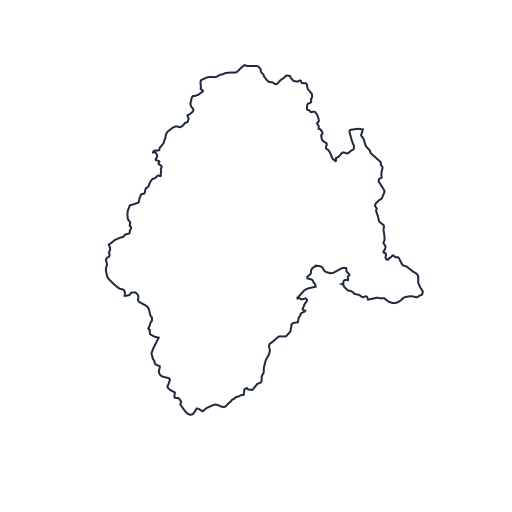 outline of Khanh Vinh, Khánh Hòa, Vietnam, rotated 39°
{"feature_id": "81297802B87924827202169", "entity_name": "Khanh Vinh", "entity_type": "district", "adm_level": 2, "iso_a3": "VNM", "parent_name": "Vietnam", "parent_adm1": "Khánh Hòa", "projection": "albers", "projection_center": [108.858, 12.296], "detail": "fine", "context": "isolated", "style": "outline", "palette": "slate", "viewbox_px": 512, "rotation_deg": 39, "n_neighbors": 0, "source": "geoboundaries", "source_scale": "gbopen_adm2", "svg_char_len": 6138}
<svg xmlns="http://www.w3.org/2000/svg" viewBox="0 0 512 512"><g transform="rotate(39 256 256)"><path d="M195.0,365.1L201.2,363.9L204.2,363.9L206.9,365.2L211.5,368.8L213.9,369.3L215.8,371.7L216.1,374.8L217.1,376.6L217.9,380.1L219.9,380.2L220.4,381.2L223.1,383.4L227.6,382.7L231.8,380.7L234.2,392.2L236.1,397.5L240.6,400.8L243.7,401.8L245.0,403.3L247.2,403.3L250.5,402.2L251.3,403.0L253.2,407.1L255.2,408.4L256.7,408.7L258.1,408.8L259.9,408.3L265.0,405.8L265.7,405.8L267.1,406.5L268.8,411.1L269.1,413.0L270.6,414.0L273.8,414.1L278.9,413.1L280.7,416.1L281.5,417.0L281.9,417.2L283.6,416.6L284.8,415.3L286.4,415.3L289.3,416.3L289.8,416.8L290.4,418.6L290.8,419.1L299.1,421.4L302.4,421.6L304.5,421.0L305.9,419.7L306.4,418.3L306.3,415.0L305.8,412.0L306.1,411.6L307.7,410.9L312.3,410.3L313.3,405.2L316.3,399.3L317.9,396.9L320.0,395.9L324.7,394.6L326.8,392.7L327.1,392.0L327.3,387.8L327.9,384.9L327.9,382.6L329.0,380.5L329.2,378.2L331.1,375.8L331.7,373.9L333.8,371.7L330.8,366.6L332.0,364.4L333.8,364.8L337.5,362.3L337.5,354.6L339.4,351.2L338.6,348.7L336.2,346.1L335.5,342.4L335.0,341.3L332.3,337.7L329.8,332.4L329.0,330.3L328.2,325.1L326.8,321.5L326.2,320.7L322.9,318.0L321.9,315.9L322.8,312.7L324.2,304.8L325.0,303.6L329.5,300.0L330.0,298.8L330.2,292.9L326.6,286.6L326.9,286.4L326.9,285.2L327.2,284.4L330.2,281.3L327.9,276.8L327.9,274.5L327.1,272.7L327.4,271.2L328.7,268.7L328.7,267.6L327.1,268.1L325.7,268.0L325.4,267.7L324.9,265.3L324.1,263.0L323.9,259.4L323.5,258.2L322.6,257.7L321.2,257.8L319.6,260.1L318.5,261.2L316.1,261.4L315.6,261.8L315.1,262.9L314.5,262.5L315.2,252.6L315.5,251.1L317.2,248.0L321.7,242.3L319.3,240.6L317.2,240.3L315.5,239.3L313.7,239.3L310.6,240.9L309.6,240.8L309.0,240.2L309.7,235.9L309.2,234.4L307.8,232.4L307.5,230.4L307.9,227.9L309.0,226.4L308.5,225.9L311.8,223.8L313.4,223.2L314.7,223.2L318.8,224.6L320.9,224.2L325.0,222.4L326.7,220.4L330.6,210.9L333.5,208.7L334.4,209.2L336.0,211.1L340.0,211.5L340.7,212.1L340.4,214.5L342.3,216.1L342.7,217.0L340.9,217.9L339.9,219.3L340.0,220.8L341.1,222.3L340.2,223.9L341.9,223.4L344.3,224.6L349.3,224.9L351.4,223.6L354.7,223.1L356.0,223.7L360.7,221.3L364.4,221.1L365.5,220.2L366.5,218.4L367.5,217.9L368.3,218.0L370.6,219.4L376.3,212.2L379.7,210.4L382.0,208.2L388.3,208.0L392.1,206.4L393.9,204.8L395.5,202.3L396.5,199.0L396.8,196.1L397.8,194.0L400.4,191.0L401.7,189.8L403.7,188.5L406.4,187.3L407.3,186.5L408.0,184.0L409.4,181.4L408.0,178.6L403.0,176.9L398.8,174.6L395.2,170.1L394.5,169.4L392.7,168.8L391.1,168.8L387.6,169.3L379.6,169.4L376.1,170.8L374.1,170.3L368.7,167.8L367.0,167.6L365.5,169.1L362.3,169.2L361.8,169.5L361.7,171.8L360.7,174.6L361.0,175.6L360.3,176.5L358.4,176.2L357.7,175.8L356.3,173.4L355.1,172.4L352.8,173.0L352.5,172.8L351.8,169.2L351.0,167.5L350.4,166.8L347.7,166.1L346.7,165.5L345.8,162.6L342.4,158.8L338.5,155.3L337.2,152.9L336.5,152.2L335.6,151.7L330.7,151.8L329.6,151.4L325.6,148.3L321.6,145.9L320.7,144.9L319.8,143.0L316.9,142.2L316.1,140.2L316.0,139.0L316.7,134.5L317.3,133.3L317.5,131.9L315.5,125.2L314.1,124.2L304.3,120.8L303.3,119.1L303.5,118.0L304.3,116.3L304.2,115.8L301.5,113.0L298.8,107.8L298.2,107.3L295.9,106.7L294.1,104.8L291.9,104.4L281.2,103.9L280.2,103.7L278.2,102.4L272.7,101.6L270.0,100.1L266.6,97.7L265.0,97.0L261.8,96.2L259.4,90.4L256.0,92.4L254.6,93.6L250.1,98.4L249.8,99.4L250.5,100.7L257.8,106.0L262.9,108.9L264.5,111.0L264.5,112.3L263.6,114.3L262.9,118.2L262.0,119.2L259.2,120.2L258.3,121.0L257.9,122.5L257.8,126.6L256.7,129.2L256.6,129.8L258.2,131.6L258.1,132.2L257.4,132.3L254.8,132.3L253.3,131.8L248.5,129.1L246.0,128.2L243.1,128.4L242.4,128.1L241.6,127.0L240.9,124.8L240.1,124.1L238.6,124.1L236.2,124.5L234.0,124.0L231.0,121.6L230.6,121.0L230.8,119.5L230.2,118.5L229.4,118.0L226.3,117.0L225.0,117.8L224.5,117.7L223.0,115.6L219.8,114.4L220.1,112.1L219.4,111.0L216.6,108.8L214.2,107.6L211.0,106.9L209.8,107.7L208.6,109.2L207.7,109.7L205.7,109.3L204.1,110.0L203.5,110.0L202.9,109.6L200.5,106.0L200.6,104.8L201.9,102.5L201.9,101.4L200.0,99.5L199.8,97.8L199.4,96.9L197.9,95.3L197.2,94.8L190.9,93.6L187.2,90.4L185.9,90.4L183.1,92.6L182.1,92.5L180.8,91.7L180.0,91.7L179.6,92.0L178.7,94.1L178.2,94.6L175.0,96.3L171.4,95.8L169.0,94.7L166.0,96.7L165.5,100.4L164.4,103.9L164.2,108.6L163.9,109.5L162.5,110.4L159.7,110.6L156.6,112.6L153.1,112.4L149.3,111.4L147.7,110.4L144.5,109.9L143.7,109.5L142.0,107.9L138.5,107.3L137.0,107.9L129.6,113.9L126.9,114.9L126.0,119.0L125.5,124.2L125.0,125.5L124.1,126.8L120.9,129.3L117.0,133.2L116.0,135.3L113.9,138.2L112.5,141.6L111.8,142.6L107.5,145.9L105.3,148.4L102.6,154.1L103.5,155.9L107.0,159.5L107.8,160.9L108.2,161.1L110.4,160.9L111.1,161.3L109.8,166.8L107.9,169.9L106.3,171.5L106.3,172.4L106.7,173.9L109.4,179.3L111.7,180.7L114.6,181.3L115.7,182.2L116.0,183.5L115.3,187.5L114.2,189.6L114.7,190.3L117.3,191.7L118.5,195.0L117.1,197.2L117.2,200.3L116.3,203.2L115.1,204.3L113.3,204.9L112.1,205.7L110.4,209.0L109.2,214.4L109.0,216.1L109.4,217.6L110.4,220.1L111.4,221.4L111.7,222.9L113.2,226.6L113.1,232.5L114.2,234.6L113.3,235.9L110.7,237.9L110.5,239.7L110.8,240.3L112.0,239.1L112.6,238.9L114.8,239.4L115.9,240.0L116.8,241.3L117.1,243.9L117.6,244.4L118.2,244.4L120.5,243.4L121.1,243.3L121.8,243.8L122.0,245.3L122.4,245.9L125.5,245.5L126.6,246.1L127.3,248.4L129.3,250.2L130.1,252.1L131.5,253.5L131.5,254.1L129.2,255.1L128.9,255.8L128.8,258.0L128.0,260.0L127.2,261.1L127.0,263.1L127.6,266.8L128.6,269.3L128.3,271.6L127.8,272.4L127.8,273.0L129.9,277.4L129.9,277.8L128.4,279.6L128.0,280.5L128.9,283.8L131.1,288.3L127.5,294.2L126.4,295.2L126.2,296.5L127.3,299.5L127.6,301.2L130.2,305.0L133.1,307.8L134.5,308.4L137.1,309.0L138.7,311.9L140.6,312.1L141.2,312.7L142.2,315.9L143.4,318.0L140.8,321.8L140.8,324.5L138.6,327.8L136.1,332.6L135.2,337.5L134.3,339.7L136.8,341.1L138.3,342.5L138.9,343.2L139.5,345.9L141.3,347.0L141.9,347.8L142.2,349.0L141.3,351.1L141.6,353.3L145.5,356.2L146.9,359.5L148.0,361.2L150.7,363.6L154.1,366.1L157.6,366.8L163.4,367.3L169.3,367.4L170.9,367.1L174.0,365.7L174.8,365.7L176.8,366.4L179.1,369.6L181.5,367.0L182.2,365.7L182.1,363.4L182.5,362.5L184.9,360.4L185.9,360.2L189.2,360.7L190.9,362.5L191.7,364.3L193.2,365.2L195.0,365.1Z" fill="none" stroke="#1e293b" stroke-width="2"/></g></svg>